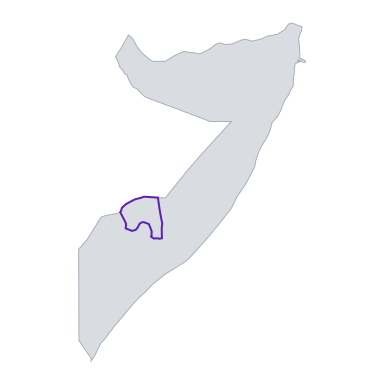 location of Bakool within Somalia
{"feature_id": "SOM-2312", "entity_name": "Bakool", "entity_type": "Region", "adm_level": 1, "iso_a3": "SOM", "parent_name": "Somalia", "parent_adm1": "", "projection": "robinson", "projection_center": [43.857, 4.102], "detail": "fine", "context": "in_parent", "style": "outline", "palette": "violet", "viewbox_px": 384, "rotation_deg": 0, "n_neighbors": 0, "source": "natural_earth", "source_scale": "10m", "svg_char_len": 3069}
<svg xmlns="http://www.w3.org/2000/svg" viewBox="0 0 384 384"><path d="M91.2,358.9L90.8,357.9L88.7,354.9L84.9,349.2L82.0,345.0L79.0,340.6L78.9,337.1L78.9,326.7L78.8,305.9L78.8,285.0L78.7,264.2L78.7,253.8L78.7,249.5L79.0,248.9L82.4,245.0L86.9,240.0L92.8,230.4L96.1,225.2L98.7,220.8L99.4,219.5L101.8,216.9L106.3,215.3L109.0,215.0L118.5,213.1L120.0,212.3L120.8,211.3L121.6,209.3L123.4,206.3L125.8,204.3L130.4,201.7L134.8,199.5L135.8,199.1L141.2,197.8L142.5,197.3L144.6,196.8L145.5,196.8L152.9,197.3L158.7,197.6L164.7,198.0L165.4,197.7L169.6,192.6L176.2,184.3L180.5,179.1L187.0,170.9L192.1,165.1L197.6,158.6L203.0,152.6L209.5,145.5L213.6,141.0L220.0,134.0L226.0,127.4L231.4,121.5L224.0,121.5L216.8,121.5L209.6,121.5L208.4,120.8L202.4,118.5L194.8,115.6L185.4,112.1L178.7,109.5L171.5,106.9L164.3,104.2L158.6,102.0L151.5,99.4L145.4,97.1L144.5,96.5L141.1,93.0L136.6,88.4L135.8,88.3L133.6,87.4L131.7,84.9L129.7,81.7L127.9,77.7L127.1,75.0L124.6,73.9L123.5,71.7L121.2,68.6L119.7,67.0L119.2,65.7L118.5,62.9L117.2,59.9L116.0,58.0L115.7,57.2L115.8,56.7L118.0,52.6L119.0,51.1L120.2,49.7L121.1,48.3L121.5,47.4L124.2,42.5L126.6,38.3L128.5,35.0L132.7,38.8L136.9,46.5L141.7,52.7L148.3,58.4L150.9,60.4L153.3,61.4L165.3,61.3L173.9,56.0L181.7,52.2L184.3,51.4L188.8,52.4L193.8,52.7L198.3,53.9L200.5,53.6L209.4,49.2L214.9,44.9L218.7,43.0L220.2,43.0L225.4,44.6L232.1,43.9L241.1,40.2L244.0,39.4L246.2,39.4L251.2,41.0L252.0,41.0L254.7,40.6L261.7,38.9L267.2,36.2L277.4,34.3L285.1,29.4L286.4,27.0L288.7,24.0L292.1,23.0L300.8,26.5L302.1,26.8L301.6,28.9L301.4,31.1L299.6,34.9L298.5,39.0L299.4,45.4L299.9,55.8L299.7,57.3L299.1,58.8L298.9,60.0L297.9,60.4L297.5,61.1L298.2,61.3L300.9,60.2L300.9,59.0L301.0,58.3L303.2,59.7L304.8,60.3L305.3,61.6L305.2,62.5L302.7,62.1L301.4,61.4L297.6,62.5L295.3,63.8L294.7,65.8L294.2,73.9L293.3,79.2L293.2,86.2L290.1,90.8L289.1,94.0L284.6,100.6L282.3,106.1L281.5,108.9L277.6,116.5L272.1,122.4L270.2,129.9L268.3,134.6L266.1,138.8L261.3,146.4L258.8,151.7L255.7,160.8L254.8,166.6L246.1,183.3L237.1,196.7L231.5,208.0L221.4,221.0L207.6,237.9L189.6,257.9L184.7,262.0L164.9,274.4L152.1,284.7L145.6,291.8L138.7,297.9L133.3,303.7L116.8,323.4L115.1,325.3L113.5,327.0L111.4,330.4L110.0,331.7L106.0,337.3L103.6,340.2L100.8,343.1L99.6,345.2L98.8,347.5L97.9,348.8L95.4,354.4L93.2,358.1L91.1,361.0L91.2,358.9Z" fill="#d9dde1" stroke="#a8b0b8" stroke-width="1"/><path d="M144.2,196.7L145.5,196.8L146.6,196.9L147.8,196.9L148.9,197.0L150.0,197.1L151.2,197.2L152.3,197.2L153.4,197.3L154.5,197.4L155.7,197.5L156.8,197.5L157.9,197.6L159.7,210.1L161.2,218.5L162.3,223.7L161.7,227.7L161.9,238.3L159.3,238.8L158.2,238.3L153.8,238.5L151.0,236.6L151.6,235.3L151.6,230.9L151.2,229.9L148.8,224.0L143.8,222.2L142.3,222.2L140.3,223.2L139.4,224.0L137.9,227.2L135.7,229.9L132.0,230.9L125.7,228.4L126.1,224.0L125.3,222.0L120.7,213.1L120.2,212.2L120.9,211.3L121.2,210.5L121.6,208.8L121.9,208.0L122.0,207.7L123.9,206.0L125.7,204.3L128.2,202.9L130.6,201.6L133.1,200.3L134.6,199.5L137.0,198.8L138.7,198.4L140.8,197.8L141.5,197.7L143.4,196.9L144.2,196.7Z" fill="none" stroke="#5b21b6" stroke-width="2"/></svg>